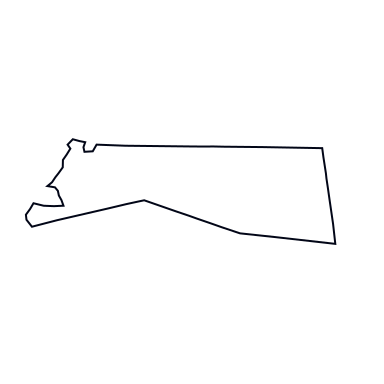 Jupi, Pernambuco, Brazil (Equal Earth projection), rotated 107°
{"feature_id": "56859067B99038374336772", "entity_name": "Jupi", "entity_type": "district", "adm_level": 2, "iso_a3": "BRA", "parent_name": "Brazil", "parent_adm1": "Pernambuco", "projection": "equal_earth", "projection_center": [-36.381, -8.72], "detail": "fine", "context": "isolated", "style": "outline", "palette": "ink", "viewbox_px": 384, "rotation_deg": 107, "n_neighbors": 0, "source": "geoboundaries", "source_scale": "gbopen_adm2", "svg_char_len": 817}
<svg xmlns="http://www.w3.org/2000/svg" viewBox="0 0 384 384"><g transform="rotate(107 192 192)"><path d="M272.0,334.9L258.5,312.9L232.6,268.0L222.7,251.1L217.0,240.9L213.9,235.3L215.2,201.5L215.6,187.9L216.0,179.4L216.5,164.8L217.0,153.1L217.5,134.0L210.8,99.3L199.7,39.8L181.4,47.7L159.4,58.1L148.5,63.2L139.7,67.4L135.0,69.4L120.3,76.5L112.0,80.3L128.4,137.6L139.4,174.9L142.2,184.8L145.2,194.4L148.3,204.8L167.2,269.1L174.6,297.1L182.1,298.8L185.0,306.6L180.9,308.9L175.6,308.7L176.2,314.5L176.4,321.4L183.1,324.8L186.1,321.0L192.9,322.8L199.1,324.8L206.2,322.8L213.0,325.1L217.9,327.0L223.6,328.7L228.6,332.0L227.6,324.4L230.1,320.6L234.3,318.3L237.9,314.5L242.7,310.9L245.9,319.9L248.5,329.8L249.1,340.3L255.7,341.9L262.3,344.2L266.9,342.2L272.0,334.9Z" fill="none" stroke="#020617" stroke-width="2"/></g></svg>